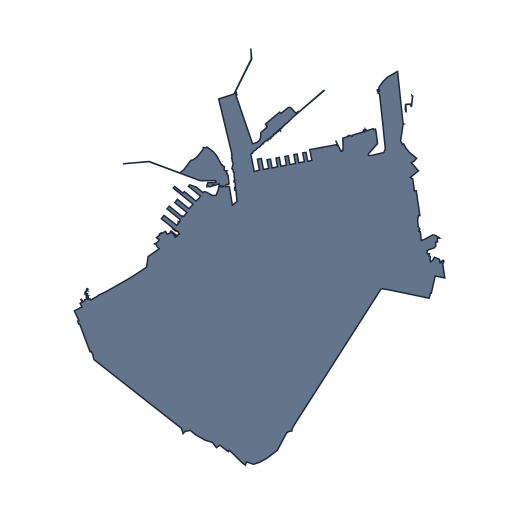 NCR, City of Manila, First District, Manila, Philippines, rotated 84°
{"feature_id": "2640588B65314213268917", "entity_name": "NCR, City of Manila, First District", "entity_type": "district", "adm_level": 2, "iso_a3": "PHL", "parent_name": "Philippines", "parent_adm1": "Manila", "projection": "albers", "projection_center": [120.961, 14.599], "detail": "fine", "context": "isolated", "style": "filled", "palette": "slate", "viewbox_px": 512, "rotation_deg": 84, "n_neighbors": 0, "source": "geoboundaries", "source_scale": "gbopen_adm2", "svg_char_len": 6071}
<svg xmlns="http://www.w3.org/2000/svg" viewBox="0 0 512 512"><g transform="rotate(84 256 256)"><path d="M311.3,85.5L294.6,79.9L297.6,70.5L283.5,71.1L280.8,69.6L280.5,70.3L280.0,70.1L279.9,70.9L280.8,72.3L281.8,72.4L282.1,73.5L278.4,74.0L275.9,78.7L278.5,80.5L280.2,83.0L277.8,83.3L274.7,82.6L274.0,84.1L271.9,83.2L271.8,85.0L271.1,85.6L268.1,84.9L266.6,77.9L264.9,76.1L261.0,75.9L261.0,74.0L257.5,74.0L257.4,71.5L254.2,75.5L253.5,78.2L257.0,86.5L257.8,90.0L249.2,90.0L248.4,91.7L246.4,90.2L243.9,91.6L237.1,91.5L232.7,90.2L233.0,88.8L207.9,89.8L207.9,91.7L195.8,92.0L194.0,94.3L188.3,85.5L179.5,91.8L177.9,88.4L175.6,86.1L169.0,92.6L164.3,95.7L159.9,97.5L160.2,98.8L156.6,100.1L140.0,95.9L140.0,95.3L139.6,95.9L87.2,95.9L91.9,106.6L95.7,111.4L101.0,116.1L105.6,116.2L103.0,116.9L103.5,118.1L107.0,117.4L107.3,116.3L107.8,116.2L133.8,116.1L162.1,116.2L163.5,116.4L166.5,118.2L168.1,131.0L167.8,133.6L166.2,133.6L157.0,123.4L147.8,123.5L142.3,123.9L142.6,125.7L141.7,126.2L143.0,132.6L142.5,133.0L143.1,133.1L143.2,134.0L141.3,134.4L143.5,135.2L141.4,135.9L143.6,136.3L144.1,137.5L145.8,146.9L146.9,147.7L146.8,148.8L146.0,149.0L145.9,151.7L146.7,151.7L147.9,157.4L157.2,158.0L160.4,158.8L160.9,159.5L160.6,160.6L159.8,160.4L159.1,161.2L149.5,164.7L154.4,163.2L154.5,164.0L153.7,164.1L155.8,191.4L166.9,190.5L167.2,194.6L158.2,195.4L158.3,198.8L167.3,198.0L167.8,203.7L158.9,204.4L159.1,207.7L168.2,207.1L168.6,212.8L159.7,213.4L160.0,216.8L168.9,216.2L169.3,221.9L160.4,222.5L160.7,225.9L169.6,225.3L170.1,230.8L161.2,231.5L161.4,235.0L170.3,234.2L170.7,239.6L159.6,240.5L159.9,244.5L171.0,243.6L171.7,248.9L154.4,250.5L153.4,249.5L153.5,249.0L151.6,247.5L150.5,245.2L148.6,243.0L148.0,241.2L144.9,237.7L145.1,237.2L144.6,237.3L144.8,236.8L143.5,235.9L142.2,233.8L142.6,232.2L141.3,231.6L141.9,231.2L141.1,231.4L140.9,229.6L140.0,229.4L140.0,228.7L139.5,229.0L138.3,226.2L137.2,226.0L137.2,225.3L136.6,225.5L136.5,223.9L135.6,223.9L135.7,222.8L134.9,222.4L134.7,221.4L134.1,221.6L133.6,221.0L134.0,220.6L132.9,219.8L133.7,219.2L133.0,219.2L133.4,218.5L132.2,218.8L131.4,216.8L130.7,216.9L130.4,215.7L127.2,212.3L127.4,211.7L121.8,204.7L98.7,171.0L98.4,171.3L116.8,197.6L116.6,198.9L117.7,200.4L117.6,201.8L112.3,205.8L111.5,207.2L111.8,208.6L116.8,216.2L115.4,217.5L125.8,232.9L128.0,231.4L129.2,231.9L133.8,238.3L139.3,239.2L141.8,241.0L143.3,243.5L144.0,247.7L93.4,259.3L94.0,258.8L93.8,258.1L92.5,258.5L92.1,259.4L91.4,258.4L90.2,259.2L59.5,239.6L49.1,239.5L59.3,240.0L92.6,261.0L95.9,276.7L152.2,269.3L152.9,269.8L154.0,269.3L156.4,270.1L156.8,269.5L158.9,269.8L161.4,269.0L166.6,270.9L167.6,270.0L170.5,269.6L170.6,269.0L174.8,269.5L178.3,269.1L178.1,269.6L180.0,270.2L180.9,269.0L185.9,269.3L185.7,270.1L186.9,270.3L188.2,270.3L188.1,269.1L199.7,269.2L203.0,274.2L184.7,275.2L184.0,275.8L183.8,279.1L181.8,278.6L182.0,275.9L181.5,275.3L173.4,275.3L172.4,275.5L171.4,276.7L170.9,276.1L168.8,276.8L168.3,276.1L168.2,277.8L167.4,278.7L163.9,278.1L162.4,280.3L161.9,280.0L161.4,280.8L151.2,285.2L147.4,288.0L142.5,293.4L143.1,294.4L142.5,297.2L144.4,297.4L150.9,303.8L153.7,308.1L154.1,310.9L162.7,318.8L165.4,323.1L150.8,352.5L150.4,378.7L151.0,352.6L175.3,303.6L176.8,288.4L178.3,288.0L178.8,288.4L178.0,296.2L180.8,297.6L182.1,297.5L181.5,295.9L182.2,295.6L182.3,293.6L181.5,292.7L181.8,291.9L181.3,291.2L182.0,290.4L181.2,290.7L180.7,292.0L180.7,290.6L181.5,289.7L180.4,285.2L182.5,284.8L183.2,281.1L183.8,282.1L182.8,285.7L185.5,286.3L191.6,289.4L191.1,293.5L187.6,298.1L186.5,300.8L187.5,302.0L181.3,308.2L178.3,314.3L179.6,315.9L190.5,305.1L192.6,306.6L195.1,310.0L184.4,320.6L185.8,322.1L178.3,329.6L179.8,331.2L197.9,313.2L202.0,317.6L191.4,328.2L194.4,331.2L205.5,320.2L209.0,323.7L208.5,325.2L209.0,325.5L209.7,324.8L197.4,337.1L199.8,339.6L211.6,327.8L213.0,327.8L214.0,328.5L213.8,329.1L214.3,328.7L214.8,329.2L213.9,330.5L215.0,329.4L217.2,331.6L206.0,343.2L209.0,346.2L221.2,334.0L221.0,335.2L223.1,333.1L221.6,333.7L222.8,331.9L223.2,332.1L223.5,331.0L226.2,330.0L227.5,332.5L222.2,337.9L222.6,338.4L228.0,332.7L228.9,334.4L225.7,335.6L223.6,337.8L225.2,342.4L222.0,343.3L223.6,347.5L223.1,347.8L223.5,348.6L224.3,349.8L224.9,349.4L227.4,353.1L229.7,350.6L231.5,351.9L233.2,354.9L233.3,356.4L233.8,354.1L236.2,353.5L238.7,351.5L245.3,363.4L255.7,366.0L264.9,383.9L275.5,408.3L278.7,417.2L279.4,417.7L282.5,424.9L281.5,425.4L281.8,426.2L279.7,427.2L279.1,426.5L279.4,427.2L278.4,427.7L278.1,427.1L277.9,428.0L277.6,427.4L277.9,428.0L277.0,427.7L276.9,428.5L276.6,427.9L276.8,428.6L276.4,428.9L276.0,428.3L275.9,429.2L275.6,428.6L275.5,429.3L275.2,428.9L274.5,429.1L274.8,428.5L274.4,429.0L273.9,428.8L274.2,428.1L273.9,428.7L273.4,428.4L273.9,427.7L273.3,428.3L272.9,428.0L273.3,427.4L272.8,427.9L272.4,427.6L272.8,427.0L271.8,427.3L272.3,426.5L271.8,427.2L271.2,426.8L271.7,426.0L270.3,427.9L271.1,427.0L271.8,427.4L271.1,428.5L271.9,427.4L272.4,427.8L271.9,428.7L272.5,427.9L273.1,428.3L272.5,429.1L273.2,428.4L273.7,428.8L273.2,429.7L273.8,428.8L274.3,429.2L273.8,430.1L274.5,429.3L275.0,429.7L274.4,430.7L275.6,429.4L276.1,430.1L275.7,429.4L279.1,427.5L279.7,427.3L279.4,428.4L282.1,427.4L278.8,429.3L280.8,428.5L281.6,430.8L282.5,431.0L283.4,432.9L280.7,434.2L281.0,434.7L283.6,433.5L284.7,435.9L288.4,434.4L291.6,442.4L301.7,438.9L302.2,440.2L305.1,439.4L305.9,438.3L333.3,431.2L334.0,431.0L333.6,429.8L337.0,428.6L341.7,428.1L342.8,427.3L419.8,348.0L425.0,347.1L423.0,344.7L422.6,339.5L427.7,334.5L434.0,325.6L436.8,318.8L442.5,315.4L440.4,311.7L447.2,304.6L447.7,303.8L446.4,303.1L447.8,301.6L460.5,291.1L462.9,288.4L459.7,287.0L462.9,280.2L461.6,274.2L458.1,266.0L451.5,255.1L435.2,244.1L433.8,241.4L433.9,238.7L431.8,238.2L428.1,235.7L302.1,135.3L301.9,133.6L303.6,127.2L316.1,88.2L311.1,86.3L311.3,85.5ZM124.1,85.9L113.4,83.4L112.7,84.1L114.4,83.8L121.1,85.3L120.8,91.3L125.4,92.2L125.4,91.8L127.3,92.0L128.9,91.6L122.5,91.3L122.4,90.8L122.3,91.3L121.0,91.2L121.2,88.9L121.8,88.8L121.2,88.7L121.3,87.8L121.8,87.8L121.3,87.7L121.6,85.6L122.7,85.8L122.9,86.8L123.0,85.8L124.1,85.9Z" fill="#64748b" stroke="#1e293b" stroke-width="1.5"/></g></svg>